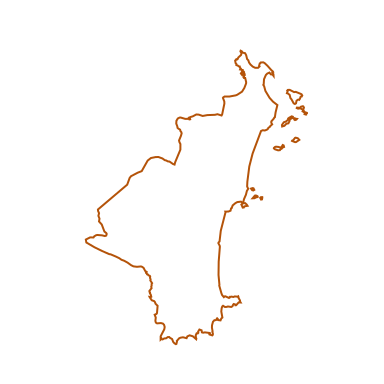 outline of Kiri Sakor, Kaôh Kong, Cambodia, rotated 200°
{"feature_id": "14789045B21288093424690", "entity_name": "Kiri Sakor", "entity_type": "district", "adm_level": 2, "iso_a3": "KHM", "parent_name": "Cambodia", "parent_adm1": "Kaôh Kong", "projection": "albers", "projection_center": [103.125, 11.088], "detail": "fine", "context": "isolated", "style": "outline", "palette": "amber", "viewbox_px": 384, "rotation_deg": 200, "n_neighbors": 0, "source": "geoboundaries", "source_scale": "gbopen_adm2", "svg_char_len": 6068}
<svg xmlns="http://www.w3.org/2000/svg" viewBox="0 0 384 384"><g transform="rotate(200 192 192)"><path d="M274.0,108.4L264.6,106.7L256.2,105.8L248.5,105.3L247.2,105.6L241.5,105.3L237.6,104.9L235.1,104.2L232.3,104.2L228.4,103.6L224.2,102.4L221.6,102.1L218.1,102.9L214.5,104.6L213.2,104.6L211.5,104.1L209.0,101.8L207.4,101.4L207.7,100.5L207.4,100.2L206.9,100.4L206.1,99.3L205.2,99.4L204.4,98.8L203.0,98.8L202.4,98.3L202.1,97.0L201.0,95.7L200.9,94.6L198.3,92.7L198.5,91.8L197.9,90.2L197.9,89.0L197.1,87.8L198.2,84.4L197.8,83.6L197.1,83.3L196.9,82.4L195.7,81.5L194.4,79.6L194.8,79.1L196.0,78.9L195.7,78.6L192.8,76.5L190.2,76.5L189.2,75.9L188.0,74.5L185.4,73.3L183.5,66.3L183.7,65.3L185.1,63.9L183.1,61.6L182.4,58.6L181.8,57.5L181.0,56.8L179.9,56.6L176.4,58.2L174.3,58.4L172.8,57.6L171.5,55.8L171.1,53.5L172.1,45.7L171.0,42.6L170.5,43.6L170.3,43.3L169.2,43.4L168.0,44.9L166.4,45.6L165.1,47.4L163.7,47.9L163.1,47.5L160.4,47.0L158.4,44.7L156.7,43.8L155.1,43.5L154.7,43.9L155.0,46.5L155.3,46.9L154.0,50.2L152.9,51.2L150.8,52.4L147.1,52.8L147.0,54.7L145.2,56.5L141.9,56.7L137.7,55.1L137.8,55.8L138.5,56.5L139.5,58.6L139.3,60.8L138.2,61.1L137.9,61.9L138.5,62.9L138.0,65.3L135.7,65.3L134.7,63.5L133.4,63.6L131.9,64.5L127.1,65.6L126.1,65.2L127.2,65.1L127.3,64.6L126.9,64.1L123.9,64.2L123.6,65.0L123.9,66.0L125.1,67.7L125.0,68.1L126.9,71.4L127.6,73.6L127.9,77.2L127.1,79.2L126.1,79.6L124.9,80.6L125.4,81.5L125.2,81.9L124.3,81.5L123.6,80.6L121.3,81.1L121.2,83.2L120.5,84.4L123.6,89.7L124.4,93.0L124.4,94.8L123.9,95.7L121.7,95.2L120.1,95.9L119.1,96.7L115.8,97.4L114.9,98.5L114.8,100.2L114.5,101.0L113.1,101.1L112.5,100.4L111.8,100.7L110.4,104.2L108.5,104.8L109.6,105.7L109.8,106.5L112.5,108.8L112.4,109.2L112.9,109.8L113.4,109.2L116.1,108.5L117.2,107.5L119.1,107.2L120.1,106.6L120.4,105.9L120.7,106.1L121.2,105.1L124.9,105.4L125.6,105.1L126.1,104.1L128.5,105.5L129.8,107.0L134.4,113.4L134.5,114.2L138.7,123.1L143.1,135.7L147.1,150.1L147.6,151.0L149.7,152.9L149.8,153.6L149.2,154.9L151.7,165.4L153.6,184.7L153.9,185.0L151.1,186.1L149.4,187.6L149.7,189.9L149.2,190.4L149.2,193.3L147.4,196.4L146.0,198.0L142.7,199.7L141.2,199.2L140.6,198.1L141.3,197.1L139.0,194.7L138.0,195.2L137.9,196.4L135.1,198.0L136.3,198.9L138.2,199.7L139.5,199.2L140.4,200.3L140.7,203.1L140.4,207.9L140.8,211.8L140.3,214.2L142.1,216.1L143.5,220.6L146.9,235.6L148.2,248.9L148.0,272.9L146.7,274.2L144.6,274.7L142.9,276.2L142.2,277.4L142.2,278.4L141.1,279.9L141.1,280.5L139.8,283.0L141.2,284.2L141.6,285.5L140.3,288.8L140.1,290.1L139.7,290.6L140.7,295.5L141.5,302.9L146.8,304.6L151.3,307.0L157.6,312.1L160.4,316.1L161.6,317.0L161.4,317.5L162.9,322.6L162.6,327.2L161.8,329.0L160.1,330.7L158.2,329.5L156.5,329.9L155.1,329.0L155.8,330.6L157.4,331.8L156.8,332.5L157.4,333.0L159.2,333.7L164.2,336.4L167.9,338.0L169.4,338.2L171.7,337.2L171.8,336.6L172.3,336.0L172.1,333.5L171.5,333.1L172.4,331.3L175.1,330.3L177.8,330.6L180.7,331.8L182.7,333.2L184.1,335.0L185.7,335.8L187.9,339.1L189.6,340.6L192.2,340.3L193.2,341.2L194.6,341.4L194.6,340.7L192.9,339.2L192.8,337.5L194.5,334.2L194.6,332.4L195.2,331.7L195.8,331.9L196.4,330.2L195.0,327.9L194.0,327.4L193.7,326.4L192.3,326.5L191.0,326.0L190.1,326.3L189.3,325.1L188.4,324.7L188.6,323.6L186.0,324.0L185.7,323.4L186.1,322.7L185.7,322.4L185.1,322.8L184.5,322.8L184.0,322.4L183.9,321.3L184.3,321.2L185.5,321.7L186.3,321.3L186.6,320.1L184.8,319.0L183.5,320.5L183.2,320.3L182.8,320.6L182.4,319.9L182.8,319.3L182.6,318.3L183.0,317.6L182.1,316.9L181.0,317.3L178.7,313.8L178.3,312.5L178.4,307.6L179.3,303.4L182.7,298.9L183.9,297.8L189.5,294.5L194.1,292.8L195.0,291.6L195.1,291.0L192.6,288.1L191.8,286.1L190.2,275.2L190.4,274.0L194.7,273.8L196.8,272.4L203.9,269.5L208.0,267.1L212.2,267.0L214.5,266.3L217.1,263.4L219.4,261.7L219.6,261.1L218.6,259.7L219.0,259.4L219.4,259.3L220.5,260.3L221.0,259.3L223.3,258.4L228.1,258.1L229.1,257.7L230.5,256.2L231.0,253.6L230.2,250.9L228.3,248.7L227.5,247.3L226.5,246.9L224.5,246.5L223.6,245.2L222.5,244.6L221.8,243.6L221.6,241.1L221.8,236.0L220.9,234.6L219.3,233.1L217.4,227.8L218.0,214.3L217.8,211.8L219.4,211.8L223.5,212.9L225.2,212.5L227.0,212.8L228.5,212.6L231.2,213.4L235.5,213.4L238.1,212.4L242.2,209.9L244.4,206.4L246.4,194.4L249.6,191.6L254.7,186.0L255.4,183.9L255.4,176.7L274.4,143.4L273.8,142.1L272.1,140.3L271.8,137.6L269.8,135.3L269.3,132.5L265.7,130.6L260.8,124.9L258.5,124.1L257.8,123.4L257.7,121.7L258.8,120.8L261.7,120.5L266.4,119.2L267.4,118.5L268.7,116.9L269.0,115.6L272.2,114.5L275.5,111.0L274.0,108.4ZM133.4,316.6L131.6,313.9L130.2,313.1L126.8,310.1L125.4,309.9L124.6,310.9L125.0,313.5L124.0,315.0L123.3,315.4L122.8,315.3L122.4,316.8L122.6,318.2L122.1,319.3L121.6,319.3L121.4,320.4L122.5,321.3L123.4,321.4L128.7,321.6L130.2,320.8L135.1,321.4L136.9,320.7L137.2,319.8L136.6,319.4L136.6,317.3L135.3,317.3L133.4,316.6ZM129.6,288.9L130.4,285.7L129.7,284.4L127.8,285.8L126.7,288.4L124.9,289.5L124.6,292.3L125.2,292.9L124.8,293.9L122.8,296.0L123.0,297.2L124.2,297.2L126.1,295.0L126.8,293.9L126.4,292.9L127.8,290.4L129.6,288.9ZM128.7,260.5L125.3,260.6L123.7,261.4L123.6,262.2L122.4,263.6L122.3,264.5L120.9,265.8L121.8,267.1L122.8,267.2L123.3,264.7L124.4,264.0L126.3,263.9L128.6,263.3L129.4,262.7L130.1,261.4L130.0,261.0L128.7,260.5ZM115.5,274.2L112.2,274.1L111.3,274.5L109.0,277.7L111.0,278.7L113.2,278.5L113.7,278.1L114.6,275.3L115.5,274.5L115.5,274.2ZM119.5,308.0L122.3,307.2L122.3,306.7L120.8,306.6L118.9,307.7L115.6,307.2L115.7,309.6L116.7,310.5L117.2,310.5L118.8,309.4L119.5,308.0ZM130.8,210.6L131.7,210.1L132.9,206.8L131.3,207.4L129.8,209.0L128.6,209.7L128.7,210.2L129.1,210.5L130.8,210.6ZM136.4,216.4L137.7,215.4L136.1,214.3L134.9,214.4L134.2,215.3L135.5,216.5L136.4,216.4ZM124.2,211.2L125.5,210.7L125.9,209.8L124.5,208.5L123.7,209.0L124.0,210.8L124.2,211.2ZM114.0,305.2L113.0,304.9L112.6,304.4L112.8,303.7L111.8,303.6L111.3,303.8L111.5,304.3L110.9,305.3L111.1,305.7L113.4,305.6L114.0,305.2ZM121.1,295.6L120.6,295.0L119.8,294.8L118.7,295.7L118.4,296.6L119.6,296.3L120.8,296.5L121.1,296.3L121.1,295.6ZM115.6,305.7L114.4,305.8L114.3,306.2L115.0,306.7L115.5,306.6L115.6,305.7Z" fill="none" stroke="#b45309" stroke-width="2"/></g></svg>